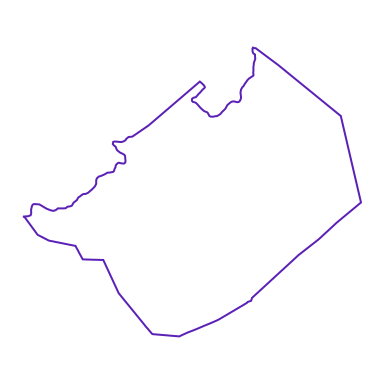 outline of San Pedro Atoyac, Oaxaca, Mexico
{"feature_id": "50627088B39199375573066", "entity_name": "San Pedro Atoyac", "entity_type": "district", "adm_level": 2, "iso_a3": "MEX", "parent_name": "Mexico", "parent_adm1": "Oaxaca", "projection": "robinson", "projection_center": [-97.99, 16.522], "detail": "fine", "context": "isolated", "style": "outline", "palette": "violet", "viewbox_px": 384, "rotation_deg": 0, "n_neighbors": 0, "source": "geoboundaries", "source_scale": "gbopen_adm2", "svg_char_len": 2819}
<svg xmlns="http://www.w3.org/2000/svg" viewBox="0 0 384 384"><path d="M278.3,65.1L258.9,50.6L255.7,48.2L254.6,48.2L253.0,47.6L252.4,48.9L252.6,49.5L252.5,51.0L252.8,52.2L253.4,53.5L255.0,54.5L255.0,55.3L255.1,57.5L255.3,58.8L254.8,60.1L254.5,61.1L253.8,63.2L253.7,65.3L253.4,67.0L253.4,69.1L253.4,71.2L253.2,73.0L253.5,74.4L253.4,75.6L250.4,77.6L248.8,78.7L247.2,80.4L246.3,81.8L244.9,83.7L243.5,86.1L242.3,87.3L241.0,89.6L240.5,92.7L240.7,94.4L241.0,96.5L241.0,98.2L240.5,99.6L239.6,101.3L238.6,102.0L237.0,102.2L235.1,101.6L233.1,101.4L231.2,101.9L229.9,102.9L228.7,103.9L227.3,105.2L226.3,107.0L225.4,108.7L223.7,110.4L222.0,112.0L220.4,114.0L218.9,115.0L217.0,116.1L215.3,116.2L213.8,116.6L212.6,116.7L210.5,116.6L209.4,116.0L208.8,114.8L207.6,112.7L206.4,111.9L205.3,111.6L204.1,111.1L201.9,109.2L200.6,108.0L199.1,106.3L197.9,104.9L197.1,104.0L195.8,102.8L194.6,102.3L192.9,101.9L191.9,100.7L192.1,98.7L193.3,97.9L194.2,97.5L195.8,97.2L196.9,96.0L198.2,94.4L199.9,92.7L201.3,91.2L202.6,89.6L204.3,88.2L204.9,87.1L204.1,85.6L201.8,83.2L200.2,81.9L199.8,81.6L164.1,112.2L148.5,125.5L132.2,136.7L131.7,136.7L130.7,136.8L128.5,137.0L127.4,138.0L126.4,138.7L125.5,140.2L123.6,141.4L121.4,142.0L120.0,142.0L118.2,141.8L116.8,141.6L115.8,141.6L114.6,141.5L113.2,141.9L112.8,144.1L113.9,145.4L115.7,146.8L116.3,148.6L117.2,150.3L120.2,152.7L122.1,153.5L124.1,154.6L125.0,155.6L125.2,157.9L125.5,160.5L125.3,162.5L124.1,163.5L122.7,163.5L121.0,163.3L119.3,162.8L118.3,162.8L116.4,164.4L115.6,165.9L115.5,167.2L114.5,169.1L114.1,170.8L113.3,171.8L111.6,172.2L109.6,172.6L108.2,172.6L107.1,172.8L105.1,174.1L103.4,174.9L101.1,175.9L98.7,176.6L97.7,177.6L96.8,178.4L96.2,180.3L96.2,181.4L96.2,183.8L94.9,186.4L93.1,188.3L91.8,189.6L90.0,191.1L88.2,192.7L86.8,193.4L85.4,194.0L84.4,193.9L82.9,194.2L80.9,195.6L79.9,196.5L78.5,197.3L77.5,198.8L77.1,199.8L75.9,200.9L74.0,202.3L73.1,203.4L72.0,205.5L70.7,206.2L68.5,206.6L67.5,206.7L65.7,208.2L63.9,208.4L57.8,208.4L56.6,209.5L55.3,210.3L53.3,210.9L50.3,210.2L46.4,208.6L41.4,205.6L39.3,204.4L36.3,204.2L34.8,204.1L34.1,204.0L32.7,204.7L31.9,206.2L31.1,209.7L31.2,213.5L30.6,215.3L28.2,216.2L23.0,216.6L24.1,216.9L25.0,217.6L37.6,234.8L48.9,240.6L69.9,244.8L75.5,245.9L76.4,247.7L77.6,249.8L79.3,253.1L81.5,257.1L81.9,257.9L82.7,259.3L83.4,259.4L89.9,259.6L92.2,259.7L97.1,259.8L103.1,260.0L103.3,260.0L110.3,275.1L118.7,293.2L140.7,320.2L140.8,320.3L146.2,327.0L147.2,328.1L151.5,333.2L152.4,334.1L154.5,334.3L156.8,334.5L167.5,335.4L170.9,335.7L179.3,336.4L182.2,335.0L188.4,332.2L192.7,330.6L196.2,329.2L201.9,326.8L203.2,326.2L212.7,322.3L212.8,322.2L215.2,321.2L216.9,320.4L218.8,319.5L246.7,303.0L247.6,302.0L251.1,300.8L252.1,297.8L295.5,257.9L298.4,255.2L318.7,239.3L337.0,222.4L361.0,202.5L340.8,116.0L278.3,65.1Z" fill="none" stroke="#5b21b6" stroke-width="2"/></svg>